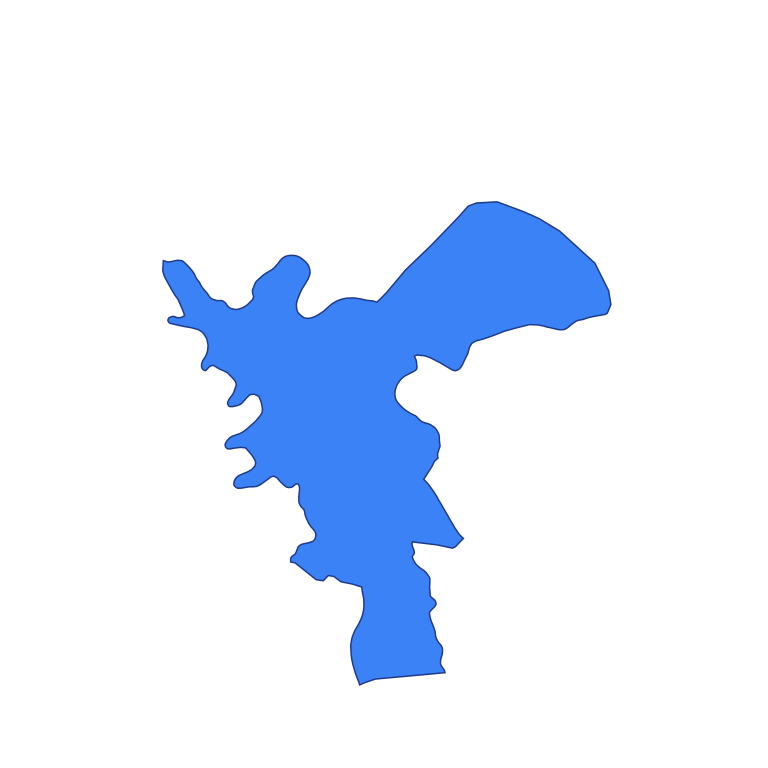 outline of Fond Assau/Babonneau, Dauphin, Saint Lucia, rotated 224°
{"feature_id": "8701671B78261941759356", "entity_name": "Fond Assau/Babonneau", "entity_type": "district", "adm_level": 2, "iso_a3": "LCA", "parent_name": "Saint Lucia", "parent_adm1": "Dauphin", "projection": "albers", "projection_center": [-60.936, 13.995], "detail": "fine", "context": "isolated", "style": "filled", "palette": "blue", "viewbox_px": 768, "rotation_deg": 224, "n_neighbors": 0, "source": "geoboundaries", "source_scale": "gbopen_adm2", "svg_char_len": 6171}
<svg xmlns="http://www.w3.org/2000/svg" viewBox="0 0 768 768"><g transform="rotate(224 384 384)"><path d="M327.5,191.2L323.5,193.6L296.9,196.1L291.0,200.3L291.0,207.6L286.3,210.7L277.4,211.9L268.0,218.0L258.9,222.5L256.7,220.6L248.9,215.0L244.0,210.2L241.2,206.6L239.1,203.1L237.4,199.4L235.6,194.2L233.6,186.0L230.9,179.6L228.8,176.3L226.3,172.8L219.5,166.4L215.8,163.5L211.5,160.6L204.2,156.4L197.3,153.0L195.4,152.3L192.5,150.6L190.6,155.3L185.3,165.7L139.6,218.7L141.6,220.0L147.4,221.2L148.3,221.5L149.1,222.1L150.2,223.2L151.9,225.3L154.3,229.8L155.2,231.2L157.6,233.8L159.1,234.8L161.3,235.6L165.5,236.0L169.2,237.1L172.0,238.6L175.0,241.2L176.3,242.0L179.8,243.8L185.0,246.1L187.2,247.2L190.6,249.4L191.9,250.5L192.8,251.9L193.0,254.0L192.9,258.8L193.2,260.9L193.6,261.7L194.8,262.8L196.8,263.7L197.6,263.8L201.7,263.5L203.2,263.5L203.7,263.8L207.6,267.4L210.1,269.5L213.1,273.0L215.9,275.9L216.7,276.3L218.0,276.7L222.5,277.6L225.1,277.6L230.9,276.7L233.3,276.5L235.7,276.6L237.0,276.8L240.4,277.8L243.4,279.1L243.9,279.8L244.4,282.7L245.1,283.8L246.8,285.1L251.4,287.3L252.7,288.3L253.9,290.1L234.3,305.0L220.7,313.5L219.6,316.5L219.6,328.1L222.0,328.0L225.9,328.2L233.4,329.8L236.9,330.9L242.4,332.3L247.9,334.0L254.5,335.8L258.7,337.1L264.6,338.6L268.8,340.0L274.0,341.2L282.4,342.7L285.1,342.9L289.2,343.0L292.2,357.9L294.0,363.4L293.7,368.2L294.1,368.4L295.4,369.4L296.9,370.8L299.0,375.0L300.1,377.5L300.8,378.5L304.0,381.0L308.0,384.8L309.9,386.1L311.3,386.6L314.7,387.6L316.6,387.8L318.1,387.8L322.0,387.1L323.1,386.7L324.9,386.0L328.1,384.2L330.7,383.2L333.1,382.9L337.8,383.1L339.1,383.0L344.4,381.3L349.2,380.3L352.4,379.9L356.1,379.8L361.3,380.2L363.5,380.7L364.9,381.2L366.5,382.1L369.1,384.2L370.3,385.5L371.7,387.5L373.5,391.0L374.3,393.6L375.0,397.7L375.1,400.2L374.6,403.9L373.8,406.6L371.7,412.5L370.9,415.3L370.8,416.8L371.1,417.8L372.1,419.2L376.2,422.6L378.3,423.9L381.5,425.0L380.5,427.7L374.8,432.2L372.9,433.3L368.8,435.1L358.7,438.2L345.5,441.3L343.0,442.3L342.2,442.8L341.4,443.8L340.7,445.3L340.3,447.2L340.3,449.1L340.9,452.1L343.0,458.1L344.8,464.0L348.0,469.8L349.0,473.7L348.9,475.0L348.6,476.2L347.5,479.3L344.1,484.9L340.7,491.4L336.7,499.8L334.3,505.2L328.5,515.1L320.7,527.7L314.2,533.5L309.7,536.5L307.0,537.8L302.9,540.4L298.0,543.2L294.8,545.5L292.9,547.5L291.9,549.1L291.3,550.8L291.0,552.5L290.5,557.3L289.5,562.5L288.9,563.9L287.8,565.8L285.9,568.3L283.3,573.3L280.7,577.4L273.6,587.2L273.0,588.4L272.6,590.1L276.0,598.8L287.3,607.2L316.3,617.4L363.9,616.0L387.6,610.6L402.8,605.1L429.2,593.6L443.1,578.6L447.0,570.4L446.4,556.1L446.4,516.0L447.7,481.3L445.7,452.1L445.7,443.2L446.0,437.9L449.5,436.2L454.1,432.5L459.9,429.0L465.5,425.0L470.4,419.9L473.0,416.2L475.3,411.7L476.3,408.5L476.9,406.2L477.4,402.6L477.9,394.9L479.3,388.2L480.9,383.6L482.7,380.4L483.8,378.9L485.8,377.1L487.3,376.2L490.7,375.6L493.9,375.5L495.7,375.7L497.0,376.2L498.8,377.3L501.5,379.5L502.8,381.0L505.0,384.7L507.0,389.7L508.9,395.1L511.5,406.8L513.0,410.2L513.9,411.9L514.7,412.9L517.2,414.9L519.6,416.3L521.4,416.9L523.1,417.2L524.9,417.4L527.9,417.3L531.0,417.0L532.6,416.7L534.9,415.8L536.2,415.2L538.2,413.8L540.3,411.9L541.7,410.3L543.2,408.0L543.7,406.9L544.4,404.0L544.4,400.9L543.9,396.6L543.7,391.0L544.1,388.1L545.9,381.5L546.6,378.0L547.1,370.2L547.0,368.1L546.2,365.8L544.1,360.8L543.3,359.5L541.3,357.9L538.6,356.4L537.2,353.7L537.3,346.3L537.8,343.4L538.6,340.8L539.6,338.7L541.0,336.3L542.2,334.9L543.5,333.8L544.9,333.0L546.0,332.3L547.6,331.6L550.7,331.5L553.1,332.0L554.8,332.2L557.8,331.7L559.0,331.0L561.3,328.7L562.8,327.6L565.8,326.1L568.4,325.4L569.9,325.5L574.1,326.4L579.5,326.9L583.0,327.4L584.8,327.9L587.3,328.9L592.7,329.7L596.7,331.3L600.1,332.1L606.0,332.7L610.7,332.8L614.0,332.6L615.2,332.2L617.9,330.1L619.4,328.3L622.6,323.4L624.0,322.0L625.0,321.1L627.4,320.1L628.4,319.4L622.0,312.0L620.3,310.8L617.9,309.5L615.4,308.4L609.1,306.4L599.7,303.6L596.0,302.7L590.7,301.7L579.1,296.9L575.0,294.7L575.7,291.9L577.2,289.4L579.0,288.0L581.4,287.0L582.6,286.2L583.3,285.4L583.7,284.6L584.6,282.4L584.6,282.0L584.4,281.2L584.1,280.2L583.5,279.5L582.3,279.0L581.3,278.9L580.4,278.9L579.1,279.6L568.5,286.0L561.5,290.8L555.6,294.0L551.5,295.0L548.6,294.9L543.7,293.7L542.1,292.9L538.1,290.2L536.8,288.9L534.1,285.5L532.6,282.8L531.4,279.4L530.6,274.9L529.3,272.0L527.5,269.9L526.3,269.2L525.0,268.7L524.1,268.7L522.7,269.1L521.9,269.4L521.5,270.0L521.7,273.3L521.5,275.8L520.8,277.4L520.1,278.5L519.0,279.1L515.2,279.9L512.3,280.7L508.0,282.3L504.1,283.4L495.2,283.0L493.3,282.7L491.4,282.0L490.3,281.3L489.3,280.1L486.5,274.2L485.6,271.3L484.9,265.5L483.9,262.7L483.4,261.7L483.1,261.4L481.4,260.6L480.5,260.3L479.6,260.5L478.9,260.9L477.1,262.7L474.5,266.6L473.3,269.4L473.0,270.6L472.9,272.3L473.2,279.3L473.1,281.9L473.0,283.0L471.8,284.9L471.2,285.6L469.8,286.7L465.7,288.1L464.4,287.7L459.7,285.6L457.6,284.3L454.2,281.7L453.0,280.4L451.7,278.5L451.0,274.9L450.5,268.0L451.4,255.9L452.2,251.5L453.3,248.1L456.8,241.2L457.6,238.4L457.6,234.5L456.8,231.1L456.2,230.0L454.4,228.7L452.7,228.5L451.8,228.6L451.0,229.0L449.3,230.8L447.6,233.3L444.0,237.8L442.8,239.1L439.4,241.8L437.7,241.8L429.5,241.0L424.6,239.8L421.9,238.5L420.8,237.1L419.9,235.4L419.7,232.9L419.8,230.4L420.9,226.4L422.9,222.0L424.9,217.0L425.1,215.6L425.1,213.3L424.7,211.1L423.7,209.2L422.3,207.5L422.0,207.2L420.7,206.8L419.2,206.8L417.7,207.1L416.9,207.4L416.2,208.0L414.0,210.3L409.8,216.1L406.7,219.2L404.4,222.0L403.1,225.3L401.5,233.8L400.9,238.1L400.1,240.0L399.6,240.7L398.1,241.5L396.1,242.2L392.0,241.8L387.1,241.7L384.8,241.8L382.4,242.2L380.6,243.3L378.9,245.3L378.3,247.0L378.0,250.7L377.5,251.4L376.9,252.0L376.1,252.3L374.9,252.1L373.6,251.4L371.8,249.9L366.9,243.6L363.2,240.0L362.1,239.3L360.3,238.6L358.2,238.1L354.7,238.1L354.2,237.9L352.9,237.3L349.5,234.9L346.8,233.5L341.3,231.4L337.2,230.6L331.6,230.1L329.7,229.3L328.2,228.1L327.5,227.2L326.7,226.1L326.0,224.7L325.7,222.8L325.9,221.4L327.8,217.6L330.2,214.2L331.8,211.6L332.5,209.3L332.6,208.3L332.4,206.6L330.5,202.3L329.8,200.2L329.9,199.2L330.5,196.1L330.4,194.9L330.0,193.8L329.5,193.1L327.5,191.2Z" fill="#3b82f6" stroke="#1e3a8a" stroke-width="1.5"/></g></svg>